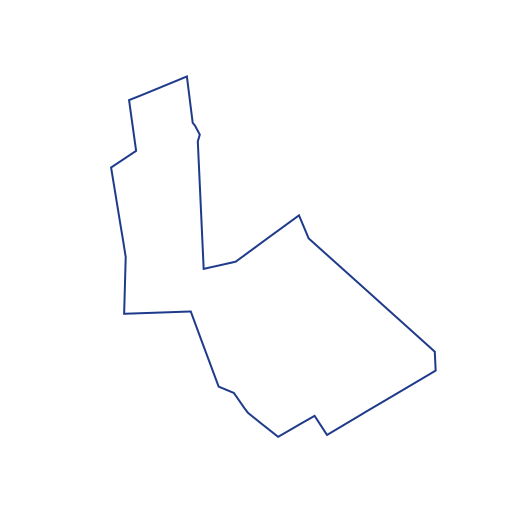 outline of São Pedro do Piauí, Piauí, Brazil, rotated 163°
{"feature_id": "56859067B6189089480157", "entity_name": "São Pedro do Piauí", "entity_type": "district", "adm_level": 2, "iso_a3": "BRA", "parent_name": "Brazil", "parent_adm1": "Piauí", "projection": "robinson", "projection_center": [-42.771, -5.847], "detail": "fine", "context": "isolated", "style": "outline", "palette": "blue", "viewbox_px": 512, "rotation_deg": 163, "n_neighbors": 0, "source": "geoboundaries", "source_scale": "gbopen_adm2", "svg_char_len": 637}
<svg xmlns="http://www.w3.org/2000/svg" viewBox="0 0 512 512"><g transform="rotate(163 256 256)"><path d="M309.5,108.3L300.2,94.6L287.7,76.6L261.5,82.7L246.7,86.0L240.4,64.1L202.4,73.4L196.1,75.0L157.3,84.3L117.7,93.9L113.0,112.2L161.5,192.8L200.5,257.4L203.0,282.3L237.4,270.4L277.1,256.5L309.8,259.0L278.1,382.8L276.2,385.5L274.3,388.5L276.2,398.4L277.6,401.9L269.6,447.9L319.4,443.2L331.8,442.2L333.3,433.0L339.9,391.6L368.7,383.0L376.6,324.7L378.2,312.4L380.9,293.1L399.0,239.3L349.1,225.9L344.2,224.6L334.6,222.0L332.9,192.0L329.9,142.0L317.2,131.5L311.7,114.3L309.5,108.3Z" fill="none" stroke="#1e3a8a" stroke-width="2"/></g></svg>